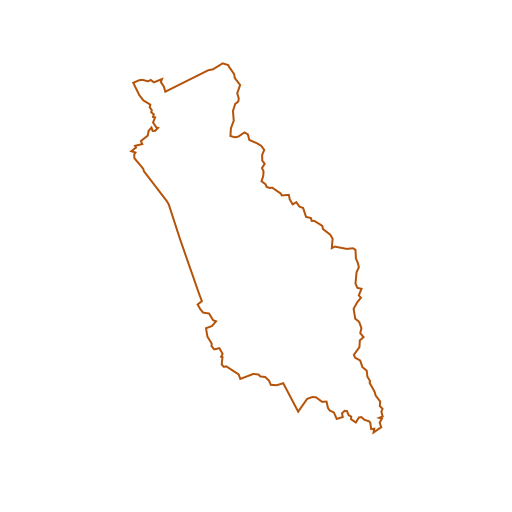 the district of Maricao, Puerto Rico, rotated 233°
{"feature_id": "32010507B97201459085327", "entity_name": "Maricao", "entity_type": "district", "adm_level": 2, "iso_a3": "PRI", "parent_name": "Puerto Rico", "parent_adm1": "", "projection": "equal_earth", "projection_center": [-66.947, 18.173], "detail": "fine", "context": "isolated", "style": "outline", "palette": "amber", "viewbox_px": 512, "rotation_deg": 233, "n_neighbors": 0, "source": "geoboundaries", "source_scale": "gbopen_adm2", "svg_char_len": 2492}
<svg xmlns="http://www.w3.org/2000/svg" viewBox="0 0 512 512"><g transform="rotate(233 256 256)"><path d="M468.2,262.2L454.6,259.6L448.0,259.7L440.5,262.7L438.9,260.7L435.1,260.5L433.9,258.8L430.6,259.6L429.0,257.4L427.4,258.8L424.6,254.1L418.7,253.8L417.3,254.8L416.7,250.9L418.1,248.7L421.5,249.8L420.6,245.6L417.3,242.0L417.1,233.3L413.8,232.5L416.8,225.7L414.8,225.4L414.7,219.5L411.2,222.0L410.3,219.7L407.1,217.7L401.0,218.1L393.4,218.4L391.3,217.5L353.7,217.8L349.8,217.4L347.2,216.5L314.1,205.1L313.7,205.0L259.8,187.7L252.5,185.6L252.4,180.2L247.2,179.5L242.6,179.7L238.3,183.9L230.6,183.1L227.9,184.8L226.6,178.7L228.4,172.6L220.9,168.7L212.7,167.9L210.8,166.3L206.6,166.4L204.4,171.3L197.9,170.4L196.5,167.5L195.4,168.4L190.0,163.3L186.8,163.6L185.8,165.8L171.9,170.9L167.3,169.5L163.4,182.9L159.8,186.7L157.1,187.0L153.9,190.5L148.7,191.4L144.2,190.3L140.3,194.8L138.0,201.2L106.3,196.0L111.1,210.8L109.5,216.1L107.0,218.9L99.8,221.0L97.3,224.7L91.3,222.0L88.3,221.9L84.0,224.0L77.3,222.4L75.2,228.4L78.6,230.0L79.0,233.6L77.4,235.3L73.2,234.2L70.4,235.4L68.5,233.7L63.0,235.5L65.1,241.1L63.9,243.2L59.8,244.1L55.8,246.9L54.0,246.9L48.4,243.8L46.9,246.5L44.3,243.7L44.0,251.1L43.8,252.9L48.5,254.5L50.3,258.6L52.6,257.0L51.6,260.6L56.2,262.4L57.8,265.1L61.7,264.6L65.0,267.6L72.6,267.6L76.2,269.0L86.3,270.4L87.5,271.8L92.7,272.4L97.8,275.4L103.2,274.1L105.5,274.9L109.9,276.3L115.0,274.0L118.1,274.6L121.0,283.8L126.1,288.1L126.5,293.1L131.6,292.8L135.0,296.8L140.9,298.6L142.4,298.5L146.2,297.5L155.1,302.2L158.2,309.2L159.5,314.7L162.7,314.4L166.3,320.5L169.5,317.8L174.0,318.8L182.5,326.5L185.1,331.4L189.3,333.2L193.9,334.3L201.1,339.2L203.9,338.0L207.1,332.7L216.1,324.6L216.7,321.3L223.7,327.6L228.3,328.1L237.2,325.7L240.2,327.1L248.9,323.7L250.6,321.6L253.3,322.7L257.1,319.5L266.0,322.5L269.4,320.4L274.7,320.6L275.2,316.4L280.9,317.0L285.0,319.0L288.9,313.0L290.8,313.4L300.8,310.1L302.2,307.7L304.8,306.1L307.5,306.8L312.4,305.4L315.6,310.0L319.1,313.0L322.7,313.7L324.4,318.4L328.4,318.4L333.1,321.8L335.7,326.4L340.8,326.5L345.7,324.5L352.7,320.5L358.1,322.7L361.6,321.1L362.0,313.7L363.5,310.6L367.2,307.8L373.1,312.8L377.4,319.6L385.7,324.9L390.0,331.0L390.0,334.7L392.1,337.0L397.2,338.9L402.1,346.2L411.0,346.2L414.4,348.0L423.0,348.3L425.2,348.7L429.9,345.3L431.0,333.9L433.1,329.6L441.8,282.5L446.9,284.4L452.2,284.7L453.9,287.4L456.1,279.0L459.9,277.9L460.5,274.9L464.9,271.4L466.7,268.5L468.2,262.2Z" fill="none" stroke="#b45309" stroke-width="2"/></g></svg>